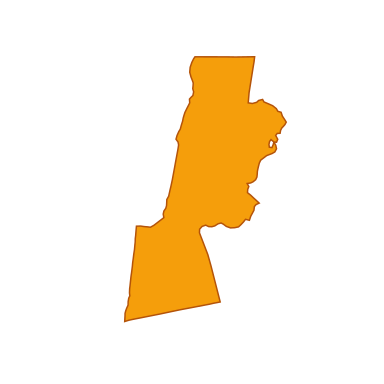 Araranguá, Santa Catarina, Brazil, rotated 141°
{"feature_id": "56859067B76617068555003", "entity_name": "Araranguá", "entity_type": "district", "adm_level": 2, "iso_a3": "BRA", "parent_name": "Brazil", "parent_adm1": "Santa Catarina", "projection": "mercator", "projection_center": [-49.475, -28.946], "detail": "fine", "context": "isolated", "style": "filled", "palette": "amber", "viewbox_px": 384, "rotation_deg": 141, "n_neighbors": 0, "source": "geoboundaries", "source_scale": "gbopen_adm2", "svg_char_len": 2256}
<svg xmlns="http://www.w3.org/2000/svg" viewBox="0 0 384 384"><g transform="rotate(141 192 192)"><path d="M276.2,108.4L273.0,106.7L249.0,93.8L245.1,91.9L241.8,90.1L239.3,88.8L223.8,122.5L219.1,133.4L211.9,155.6L209.5,158.3L205.8,158.9L202.2,157.6L200.8,154.6L198.4,152.5L195.6,151.3L191.8,150.9L188.9,149.6L187.9,147.3L187.0,143.7L184.7,139.9L181.3,137.4L177.8,135.6L174.7,135.8L170.9,136.3L167.6,137.1L165.2,133.9L161.6,136.2L155.4,138.8L152.7,141.4L150.2,141.9L146.8,141.1L147.4,145.5L147.9,148.7L148.4,152.6L149.3,156.6L146.9,159.1L144.4,160.5L143.8,163.9L140.7,162.1L138.1,161.5L134.8,161.5L132.1,162.8L130.0,164.9L128.3,166.8L126.4,168.4L123.8,170.4L121.5,172.1L118.6,173.5L114.7,173.4L111.1,173.3L108.6,172.5L105.6,171.5L102.4,171.0L99.1,172.4L97.5,175.6L96.9,179.3L95.0,177.5L92.2,179.0L91.4,183.3L88.9,183.9L86.6,182.2L84.3,184.2L82.0,185.2L79.7,185.5L77.4,185.9L74.8,187.0L74.4,190.1L74.0,194.1L72.6,197.9L74.5,200.7L74.0,203.7L75.0,208.3L77.2,212.6L79.4,216.7L78.9,219.5L82.6,221.2L85.3,221.0L89.4,222.8L92.2,225.9L85.1,233.3L65.3,251.1L61.9,254.1L58.2,257.7L73.2,269.5L79.9,275.1L104.6,295.2L106.9,294.5L110.6,292.8L114.9,290.1L118.4,286.5L120.4,282.0L121.4,278.8L122.4,276.0L124.4,273.8L126.4,271.8L127.7,268.8L130.6,266.4L133.1,266.2L135.5,265.8L137.7,262.7L140.1,261.6L143.3,260.2L147.4,258.3L150.0,256.6L152.3,255.0L154.8,252.9L158.3,250.6L161.6,248.2L164.2,247.3L168.1,245.3L171.2,243.1L171.4,239.6L172.8,237.0L176.1,234.0L185.6,225.9L190.1,222.0L199.7,213.8L204.9,209.6L207.9,207.3L212.8,203.4L216.3,202.0L218.5,199.5L220.4,197.4L222.7,195.8L225.8,194.9L228.3,192.9L230.0,189.8L242.6,190.1L246.5,190.8L248.4,192.8L250.9,195.2L253.4,197.9L256.7,200.4L259.2,197.8L261.5,195.4L263.3,193.5L265.4,191.5L267.6,188.9L269.8,186.7L273.0,183.4L276.4,180.3L279.6,177.2L282.6,174.4L285.1,171.8L287.8,169.2L290.0,167.1L292.5,164.8L295.4,161.9L297.4,159.9L299.4,157.9L301.3,156.1L304.1,152.9L305.7,150.4L308.0,149.3L310.6,147.0L312.9,144.3L315.9,142.8L318.4,141.3L320.4,139.8L322.1,137.8L323.9,135.8L325.8,133.7L321.8,132.1L319.2,130.8L316.5,129.4L312.0,127.0L293.8,117.4L283.8,112.3L276.2,108.4ZM96.9,179.3L99.3,177.6L101.9,176.2L103.7,178.1L102.3,180.5L100.0,182.4L97.6,183.0L96.9,179.3Z" fill="#f59e0b" stroke="#b45309" stroke-width="1.5"/></g></svg>